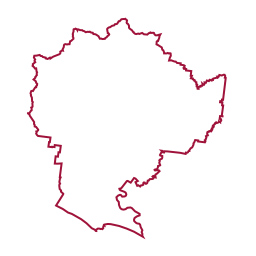 the district of Richmond Valley, New South Wales, Australia, rotated 88°
{"feature_id": "25037944B67552272844427", "entity_name": "Richmond Valley", "entity_type": "district", "adm_level": 2, "iso_a3": "AUS", "parent_name": "Australia", "parent_adm1": "New South Wales", "projection": "albers", "projection_center": [153.029, -29.027], "detail": "fine", "context": "isolated", "style": "outline", "palette": "rose", "viewbox_px": 256, "rotation_deg": 88, "n_neighbors": 0, "source": "geoboundaries", "source_scale": "gbopen_adm2", "svg_char_len": 5732}
<svg xmlns="http://www.w3.org/2000/svg" viewBox="0 0 256 256"><g transform="rotate(88 128 128)"><path d="M224.1,120.1L223.7,122.1L223.1,123.2L221.3,125.0L220.1,125.2L218.4,124.7L217.8,124.0L216.6,122.1L215.7,119.4L214.2,119.4L211.5,123.9L208.2,126.9L207.5,128.3L207.7,131.4L209.0,133.2L209.4,135.2L209.1,136.8L208.3,138.0L207.4,138.7L204.4,139.7L201.6,139.8L199.5,141.5L196.8,142.0L195.1,140.1L194.5,138.3L194.8,137.4L196.4,136.2L196.3,133.7L195.5,132.4L194.2,132.0L192.5,132.6L191.6,133.9L190.0,137.8L189.3,138.5L188.4,138.7L188.2,137.4L187.6,136.5L181.0,131.0L180.9,130.1L182.7,127.2L178.2,123.7L178.8,122.3L181.3,120.1L182.4,122.4L186.1,120.8L185.6,119.7L186.9,117.9L185.8,117.0L185.7,115.5L185.3,114.8L183.5,114.6L183.0,114.1L183.1,113.2L184.3,112.5L184.3,111.5L183.6,110.7L181.3,110.1L181.3,109.2L179.9,108.1L179.8,105.3L179.5,104.6L178.6,104.1L177.4,105.2L176.8,104.5L176.8,103.6L178.2,103.0L178.4,102.1L176.7,102.4L175.5,102.2L174.5,100.5L172.2,98.0L171.4,98.7L171.1,100.3L171.4,102.4L170.8,102.9L170.4,102.4L170.2,100.4L168.4,99.5L167.0,99.3L166.6,97.5L166.2,97.1L163.9,98.0L162.1,97.4L161.4,97.8L160.7,97.2L159.8,95.2L158.9,94.8L157.2,94.7L156.7,96.6L156.1,97.0L152.3,94.8L151.9,95.2L152.0,94.6L153.6,93.8L153.7,92.8L152.5,92.6L152.8,89.2L154.6,76.8L155.9,71.3L154.6,71.0L154.8,69.8L154.4,69.0L153.3,68.4L153.1,67.4L152.4,67.5L150.5,66.1L149.6,64.5L146.9,63.1L145.6,63.1L144.9,62.4L142.4,61.3L142.9,58.3L143.9,58.4L145.0,51.6L144.1,51.1L143.4,51.4L142.9,51.1L142.7,51.4L142.2,50.7L141.6,50.7L140.4,50.0L138.9,50.4L138.2,48.6L137.6,49.0L137.2,48.7L136.3,49.1L134.9,48.8L134.6,48.2L134.7,47.4L133.9,46.9L134.2,45.2L133.6,45.2L133.5,44.6L132.7,44.7L132.7,44.2L131.8,44.2L131.9,43.8L131.1,43.8L130.7,43.2L130.4,43.3L130.4,42.8L129.8,42.3L128.9,42.9L128.7,42.5L128.3,42.7L127.2,41.1L126.7,41.2L126.1,40.7L126.2,40.1L125.5,39.7L126.1,39.2L125.9,38.1L125.1,36.9L124.5,36.8L125.4,35.7L124.8,35.7L124.1,34.7L123.4,34.5L122.3,34.9L122.1,36.1L119.3,35.6L119.8,32.2L119.3,33.9L108.8,32.1L108.6,33.2L105.8,32.8L105.5,35.1L104.4,34.9L104.6,33.4L102.9,33.1L103.1,32.0L81.4,28.6L81.1,29.5L79.5,29.0L78.2,29.6L78.1,30.5L78.8,32.4L78.2,34.8L79.0,35.0L79.3,35.8L80.0,35.9L79.9,36.7L80.4,36.4L81.0,36.8L80.8,37.5L81.6,41.1L81.9,41.4L82.8,41.4L82.6,42.3L83.5,42.7L82.6,44.6L82.8,44.9L83.4,44.9L84.0,45.5L83.3,47.5L85.5,48.6L85.1,49.9L86.2,49.9L87.3,50.4L87.0,51.4L86.4,52.0L87.8,51.7L88.4,52.4L88.1,53.0L88.4,53.9L90.0,54.0L89.3,54.3L89.0,55.2L89.6,56.2L91.3,56.1L91.2,57.1L89.0,57.3L88.8,57.9L87.8,57.6L87.3,58.0L86.9,57.5L86.1,58.2L84.7,58.1L84.5,58.8L83.6,59.1L83.0,60.1L82.4,59.9L81.6,61.5L80.8,61.5L80.5,63.4L78.1,62.3L78.0,63.5L73.3,62.8L72.5,68.0L71.1,67.8L70.8,70.1L70.0,70.4L69.5,69.3L68.6,69.7L67.8,69.2L67.2,70.0L66.6,73.3L65.2,73.1L64.7,76.7L63.3,78.0L63.2,79.2L61.9,82.4L62.0,84.6L59.4,83.8L57.3,82.7L55.0,82.8L54.7,83.5L55.0,84.5L54.4,85.6L54.8,86.6L54.7,89.3L53.7,89.3L51.6,90.0L50.9,91.0L48.7,91.4L46.3,94.9L45.4,96.6L42.7,96.3L41.8,95.4L42.0,94.9L38.9,93.6L37.4,93.4L35.6,92.4L36.4,95.8L36.3,97.3L35.2,98.3L34.0,98.7L33.7,99.3L33.8,101.2L33.3,102.3L33.8,102.6L34.0,104.0L35.3,105.4L34.9,108.8L33.5,110.5L34.4,113.4L34.0,114.4L34.4,116.6L34.1,117.6L33.0,118.9L32.4,119.0L32.1,119.7L30.7,120.4L28.5,123.1L27.8,123.5L26.1,123.4L25.0,123.8L23.9,124.5L23.4,125.4L22.6,125.7L20.4,125.2L18.8,126.9L19.1,127.3L18.9,128.6L19.1,130.8L21.0,132.6L21.0,133.6L23.2,135.0L23.7,135.7L23.8,137.4L24.9,138.2L25.3,140.3L26.7,142.5L26.7,143.3L27.5,144.7L28.4,145.4L31.3,145.1L32.3,144.5L32.6,144.7L33.1,143.8L33.8,143.5L34.8,144.2L35.4,145.3L36.5,146.1L37.4,147.7L38.1,148.0L38.2,150.6L37.7,151.6L37.8,153.0L35.2,154.3L33.5,156.7L33.1,157.7L32.9,159.3L31.6,159.9L31.3,161.6L30.4,162.8L30.7,163.6L30.4,164.8L30.8,166.9L29.6,168.5L29.3,169.7L28.7,170.2L28.5,172.6L27.7,174.1L27.7,175.0L28.5,175.2L27.4,175.8L26.9,177.0L27.2,177.2L27.4,178.8L27.9,179.0L29.4,179.0L32.3,180.0L33.1,179.7L34.9,180.0L35.6,179.5L36.9,179.4L39.0,181.8L39.3,182.8L42.2,183.5L42.2,185.4L42.4,185.9L42.0,187.7L42.3,188.6L42.9,189.1L45.0,189.4L47.1,190.6L48.4,190.3L48.2,191.1L49.3,193.0L50.6,192.9L51.8,193.8L54.1,200.3L55.6,202.7L55.0,202.6L54.9,203.5L56.2,205.9L55.6,207.8L54.8,207.8L54.0,210.7L53.2,211.3L52.9,212.9L51.9,213.7L52.5,217.1L52.5,219.1L54.2,219.6L56.4,218.4L57.1,219.0L57.8,219.1L59.0,218.4L60.8,220.9L61.9,220.8L62.6,221.2L64.0,219.7L65.3,218.9L65.2,217.7L68.3,217.4L69.1,216.9L69.7,217.3L72.1,217.3L72.3,217.8L73.5,218.3L73.8,218.9L74.7,219.0L76.2,220.7L78.1,218.5L79.6,218.2L80.8,217.2L82.3,217.5L83.2,218.5L84.1,218.4L84.4,219.5L87.7,221.7L87.5,222.2L87.7,223.4L89.9,224.2L91.6,223.7L92.3,223.9L94.3,223.0L97.9,222.9L98.8,222.2L100.0,222.7L102.9,222.6L103.7,222.9L104.2,224.0L105.3,223.6L107.0,223.7L107.4,224.4L109.8,226.1L110.0,226.6L109.7,227.3L110.0,227.4L111.0,226.0L112.3,225.7L118.8,221.6L120.7,221.8L121.5,221.2L123.2,221.2L123.7,219.8L126.5,217.8L127.1,217.9L128.2,219.1L128.3,219.7L129.0,219.4L130.4,220.0L131.8,219.2L132.8,218.2L134.8,205.8L139.4,206.6L139.3,207.4L143.9,208.2L144.5,204.6L144.1,204.5L144.5,202.1L142.5,201.8L143.5,195.8L150.0,196.9L149.8,198.3L154.2,199.0L153.8,201.3L161.0,202.4L161.2,199.5L161.1,195.6L174.9,197.9L175.1,197.1L176.5,197.8L179.6,198.5L181.3,197.8L181.9,198.5L183.4,198.7L186.6,198.4L188.1,197.1L189.3,197.2L191.4,195.0L192.0,195.1L203.0,202.6L206.7,195.9L210.4,190.9L211.9,187.1L217.5,178.0L221.7,172.8L226.9,167.7L228.5,164.7L229.7,163.9L229.8,163.3L228.6,163.4L227.5,161.7L227.5,160.4L228.0,158.9L227.8,158.4L228.2,157.1L227.2,156.2L226.2,156.3L224.4,155.6L224.6,155.2L224.0,155.4L223.7,155.1L223.2,151.5L223.5,148.5L225.6,140.3L228.5,132.8L231.8,125.7L237.2,116.9L236.0,117.5L234.4,117.3L232.5,118.0L230.7,117.2L227.5,118.8L225.0,119.3L224.1,120.1Z" fill="none" stroke="#9f1239" stroke-width="2"/></g></svg>